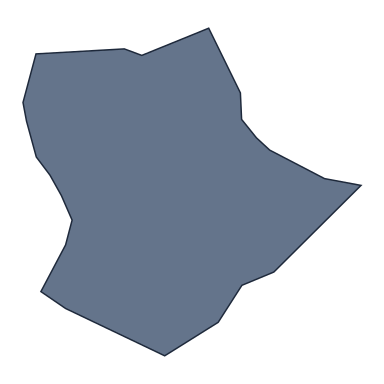 map outline of Murska Sobota (Mercator projection)
{"feature_id": "SVN-1045", "entity_name": "Murska Sobota", "entity_type": "Statistical Region", "adm_level": 1, "iso_a3": "SVN", "parent_name": "Slovenia", "parent_adm1": "", "projection": "mercator", "projection_center": [16.156, 46.652], "detail": "fine", "context": "isolated", "style": "filled", "palette": "slate", "viewbox_px": 384, "rotation_deg": 0, "n_neighbors": 0, "source": "natural_earth", "source_scale": "10m", "svg_char_len": 404}
<svg xmlns="http://www.w3.org/2000/svg" viewBox="0 0 384 384"><path d="M141.8,55.4L208.7,28.2L240.4,92.9L241.6,119.4L256.4,137.8L269.7,150.1L324.5,178.6L361.0,185.4L273.9,272.0L241.9,285.3L218.2,322.3L164.7,355.8L65.6,308.5L40.9,291.6L65.6,244.9L72.1,220.1L61.4,195.6L50.0,175.2L36.3,157.0L26.5,121.1L23.0,102.5L36.0,53.9L124.3,48.9L141.8,55.4Z" fill="#64748b" stroke="#1e293b" stroke-width="1.5"/></svg>